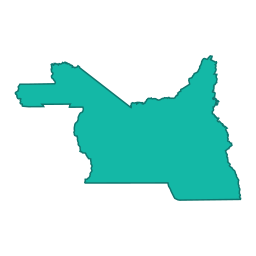 Pimenta Bueno, Rondônia, Brazil
{"feature_id": "56859067B24271641905673", "entity_name": "Pimenta Bueno", "entity_type": "district", "adm_level": 2, "iso_a3": "BRA", "parent_name": "Brazil", "parent_adm1": "Rondônia", "projection": "orthographic", "projection_center": [-60.823, -11.862], "detail": "fine", "context": "isolated", "style": "filled", "palette": "teal", "viewbox_px": 256, "rotation_deg": 0, "n_neighbors": 0, "source": "geoboundaries", "source_scale": "gbopen_adm2", "svg_char_len": 5724}
<svg xmlns="http://www.w3.org/2000/svg" viewBox="0 0 256 256"><path d="M19.9,84.2L19.3,85.4L18.2,86.8L18.7,88.8L18.4,89.4L18.3,90.0L18.0,90.4L18.1,90.9L15.5,92.5L15.4,93.4L15.7,94.1L16.5,94.3L16.5,94.8L17.1,95.8L16.9,96.7L17.7,98.3L18.5,98.8L19.1,98.8L19.9,98.5L20.8,98.9L20.6,99.7L20.3,100.1L20.3,100.7L20.7,101.5L20.1,102.9L20.5,103.5L21.1,104.0L21.7,103.9L22.3,104.2L22.2,105.8L22.7,106.2L28.5,106.7L43.7,106.6L43.1,105.5L42.0,104.3L70.3,104.1L69.9,104.8L69.4,107.2L81.7,107.1L82.9,107.2L83.0,107.9L83.3,108.5L83.3,109.1L83.3,109.7L82.7,111.6L82.3,112.1L80.6,112.9L80.1,113.3L79.5,114.3L78.2,117.2L78.2,119.4L77.6,121.0L77.0,121.9L75.4,123.3L74.9,124.4L74.3,127.7L74.3,129.5L74.5,130.3L74.5,131.1L73.9,132.2L74.2,133.0L74.4,134.7L74.7,135.3L75.5,135.8L77.2,136.2L77.1,136.9L77.5,137.3L77.4,137.8L77.6,138.4L77.4,139.2L77.5,139.9L77.9,141.6L78.5,143.0L78.2,143.7L78.3,144.8L79.3,145.9L80.1,147.1L80.1,148.6L80.3,149.6L80.2,150.3L80.4,150.9L80.0,151.3L80.5,151.7L81.4,151.6L82.2,152.6L82.7,152.9L85.1,153.0L85.7,153.4L86.2,155.0L86.7,155.6L87.4,157.0L88.0,157.4L88.5,158.6L90.1,158.8L90.7,159.0L90.7,160.4L91.1,162.5L90.9,163.9L91.5,164.6L92.0,165.7L92.0,166.5L91.5,167.4L91.2,168.4L91.9,170.4L91.8,171.0L91.6,171.5L90.8,172.4L90.1,173.6L90.3,174.5L90.0,175.3L89.9,176.3L88.8,177.8L88.0,178.2L87.3,179.2L85.2,179.3L85.2,180.4L85.5,181.2L84.9,181.9L84.8,182.5L85.2,183.0L94.2,183.0L167.9,182.9L168.6,186.1L170.3,189.0L171.2,191.4L174.1,197.2L174.9,198.4L177.9,199.8L179.7,200.1L240.4,199.4L240.6,198.7L240.6,198.2L239.7,197.7L239.5,196.7L239.7,196.1L240.3,195.8L240.1,194.6L239.3,193.4L239.4,192.6L239.4,191.0L239.8,190.0L239.8,189.4L239.7,188.7L239.1,187.6L238.8,186.5L238.9,185.4L238.4,184.7L238.3,183.9L238.2,183.0L238.4,182.2L238.3,181.5L238.7,180.3L238.4,179.5L237.7,178.9L237.6,178.3L236.6,177.0L236.4,176.1L236.4,175.1L235.5,173.7L235.2,172.2L234.5,170.6L233.2,169.7L232.2,168.4L231.8,167.6L231.0,167.3L229.9,166.4L229.4,165.8L230.1,164.5L229.8,163.8L228.3,162.6L227.7,161.9L228.0,161.5L227.8,160.9L227.9,160.3L227.6,158.4L227.2,157.7L227.5,157.4L226.8,156.6L226.9,155.9L227.1,155.4L227.2,154.5L226.9,154.0L226.3,153.6L225.9,151.8L225.7,151.4L225.5,150.7L226.7,149.9L227.4,149.1L228.9,148.6L228.9,147.8L229.5,147.5L229.9,146.6L231.3,145.9L232.0,145.1L231.5,144.5L231.5,143.3L231.0,143.3L229.7,142.5L229.2,141.5L228.0,141.2L227.7,140.8L227.7,140.2L228.2,139.0L227.8,138.5L227.6,137.4L228.0,136.5L228.2,135.0L227.6,135.1L227.5,134.1L227.7,133.2L226.7,131.9L226.6,131.2L225.7,130.0L225.7,129.4L226.0,128.9L227.1,128.2L225.3,126.6L224.6,127.0L224.1,126.2L222.7,125.5L222.6,124.9L223.2,124.9L222.8,124.4L222.5,123.8L221.9,123.8L220.2,122.2L219.9,121.7L219.2,121.2L218.6,121.8L217.7,121.3L217.3,120.7L218.5,118.7L218.0,118.8L217.9,118.2L217.5,118.6L216.8,118.1L216.6,117.6L216.0,116.9L215.3,116.9L215.0,115.7L214.5,115.6L214.3,115.0L213.8,114.3L212.9,114.0L212.3,113.5L212.4,112.9L212.3,111.4L212.8,111.1L213.5,110.1L213.5,109.3L213.2,108.7L213.2,107.0L213.8,107.1L215.2,105.1L215.4,104.3L216.5,104.6L216.9,105.0L217.7,103.9L217.2,103.6L215.9,103.4L215.8,102.6L216.1,101.8L218.0,102.1L218.7,101.6L218.1,100.8L217.5,100.5L216.8,100.7L215.8,100.4L216.3,99.3L215.2,98.3L214.5,98.5L214.1,99.3L213.5,99.4L213.0,99.0L212.8,98.5L213.0,98.0L214.5,96.9L214.6,96.3L214.8,95.8L214.7,95.2L215.1,93.7L214.8,92.7L213.4,92.3L212.5,91.9L212.7,91.0L213.2,90.1L213.6,90.4L213.6,89.7L214.0,87.8L213.6,87.1L214.0,86.5L213.7,85.9L214.2,84.9L214.8,84.7L215.4,84.0L215.5,83.3L216.7,82.6L216.5,81.3L217.0,79.2L216.9,78.5L216.5,78.1L216.3,77.6L216.1,75.8L216.9,74.8L216.8,74.3L215.8,74.6L214.9,73.9L214.2,73.9L214.7,73.3L215.0,72.1L215.7,71.0L216.1,69.5L215.8,68.4L215.3,68.0L216.0,66.0L215.7,65.5L215.7,65.0L215.2,64.7L216.0,64.0L216.6,62.7L216.3,61.8L215.1,62.1L214.5,61.5L213.5,61.2L212.3,60.4L211.1,60.1L210.6,59.5L211.1,59.2L211.0,58.5L211.7,58.0L212.1,56.3L210.3,55.9L209.6,56.5L209.1,57.2L208.5,57.6L207.7,59.0L207.2,59.4L204.6,58.5L203.6,58.7L202.4,60.1L202.0,61.1L201.7,61.5L201.6,62.5L201.0,64.6L199.8,66.4L199.6,67.0L199.8,68.1L199.3,68.7L198.2,70.7L198.0,71.5L197.6,71.8L196.8,72.5L194.2,73.6L193.9,74.6L192.7,76.1L191.9,77.7L189.2,78.6L188.8,80.3L189.6,83.6L189.6,84.3L183.2,88.3L182.7,88.7L181.3,89.2L180.8,89.6L180.7,91.4L179.6,91.5L179.0,92.1L178.5,92.9L177.8,93.1L178.1,93.8L177.5,95.4L176.9,95.2L176.0,96.0L175.3,97.0L175.1,97.7L173.7,98.3L172.4,98.2L171.7,98.3L170.9,98.1L169.7,98.3L169.1,97.5L168.3,97.5L167.7,98.3L167.1,97.9L166.5,97.8L165.3,97.9L164.5,97.7L163.2,98.6L162.4,98.4L160.2,99.7L159.0,100.1L158.1,100.1L157.6,99.7L157.0,99.7L156.6,99.3L155.6,98.7L153.9,98.6L152.6,98.9L151.8,98.7L151.3,98.0L150.1,98.6L149.5,98.4L148.8,98.3L147.9,98.6L147.4,99.4L146.8,99.7L146.1,101.2L145.7,101.7L145.0,102.2L145.1,102.9L143.8,103.7L143.2,103.2L143.0,103.9L142.3,103.7L142.4,102.7L140.8,102.7L139.3,102.4L138.6,102.7L138.1,102.3L137.5,102.4L137.8,103.2L136.7,103.9L136.6,103.1L136.3,102.6L134.1,103.1L132.6,102.7L132.1,103.1L131.5,103.3L131.3,104.0L131.4,104.8L130.9,105.4L130.5,106.5L131.2,106.7L131.1,107.5L130.4,107.2L82.5,70.0L79.6,67.7L79.5,67.0L78.0,65.8L77.2,66.9L76.7,67.3L75.9,67.3L75.4,67.6L74.5,67.7L74.1,67.2L73.4,67.0L72.9,67.2L72.7,66.6L72.3,66.9L72.3,65.7L71.2,65.1L70.3,65.2L70.0,64.5L69.5,64.1L67.8,63.5L67.3,63.8L67.1,63.1L66.0,63.3L66.1,62.6L65.0,62.2L64.4,62.5L63.8,63.1L63.3,63.0L62.7,62.5L61.8,63.6L60.2,64.1L59.1,63.6L58.7,64.0L58.5,64.9L57.9,64.6L57.2,63.9L56.1,64.1L55.7,63.5L54.1,63.5L54.0,64.7L53.4,65.1L52.3,63.9L51.7,64.1L51.2,64.6L51.5,65.3L51.6,66.2L51.6,67.0L51.9,67.8L51.9,68.9L51.2,69.1L51.6,71.8L52.9,73.1L52.9,73.9L52.4,74.9L51.5,75.9L51.5,76.8L51.7,77.5L52.3,78.5L53.2,78.9L53.9,80.2L55.1,81.5L55.3,82.7L54.7,83.8L28.5,84.2L19.9,84.2Z" fill="#14b8a6" stroke="#0f766e" stroke-width="1.5"/></svg>